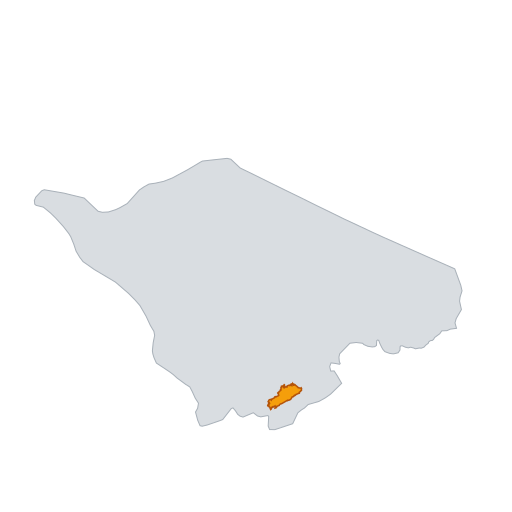 As-Suqaylabiyah, Hamah, Syria (highlighted), rotated 240°
{"feature_id": "27442178B45767266881892", "entity_name": "As-Suqaylabiyah", "entity_type": "district", "adm_level": 2, "iso_a3": "SYR", "parent_name": "Syria", "parent_adm1": "Hamah", "projection": "equal_earth", "projection_center": [36.361, 35.476], "detail": "fine", "context": "in_parent", "style": "filled", "palette": "amber", "viewbox_px": 512, "rotation_deg": 240, "n_neighbors": 0, "source": "geoboundaries", "source_scale": "gbopen_adm2", "svg_char_len": 6091}
<svg xmlns="http://www.w3.org/2000/svg" viewBox="0 0 512 512"><g transform="rotate(240 256 256)"><path d="M98.9,181.0L102.6,181.5L110.6,186.7L111.9,186.5L114.3,179.7L116.7,177.3L121.6,175.3L123.0,164.2L125.3,162.1L128.0,161.0L132.3,160.8L136.0,160.1L136.2,158.2L131.0,145.4L131.5,142.2L134.0,129.4L135.5,124.3L137.0,122.7L142.9,123.4L151.1,125.6L153.3,129.3L157.3,132.6L163.3,132.3L170.3,133.0L175.7,133.2L180.0,130.9L189.8,126.6L194.6,125.1L199.0,123.2L213.1,116.2L218.8,116.8L222.7,117.7L225.6,118.8L232.3,123.6L237.9,128.5L241.8,129.9L248.7,129.8L258.8,130.7L271.1,130.7L278.3,129.3L287.4,126.9L303.7,121.2L325.1,109.2L337.6,103.4L343.0,102.7L350.1,102.6L357.3,104.1L365.4,105.2L369.1,105.1L377.8,103.9L389.0,101.5L396.1,99.5L404.6,96.3L409.8,90.9L411.5,90.3L413.7,91.3L414.8,91.7L417.1,94.7L419.5,102.7L419.6,103.5L419.2,105.8L413.8,112.3L406.4,121.2L401.0,126.8L392.1,136.2L385.2,138.2L373.7,141.6L370.6,144.9L367.9,150.3L366.3,157.6L365.9,162.1L365.8,170.7L368.7,179.6L371.5,188.1L371.9,193.7L371.8,199.3L369.4,205.2L366.8,213.4L365.4,222.6L364.9,240.0L365.1,254.7L365.0,257.1L360.4,267.6L355.0,279.8L352.4,282.6L340.1,286.3L326.8,295.3L311.8,305.3L298.2,314.4L284.0,324.0L269.1,333.9L258.5,341.1L244.3,350.6L231.3,359.7L218.1,368.9L208.1,376.0L192.9,387.1L184.0,393.6L170.8,403.2L159.2,411.7L145.5,421.7L128.3,418.7L122.8,417.0L118.4,412.2L115.1,409.7L106.9,407.1L101.7,398.1L98.6,394.9L93.1,393.5L95.5,387.7L95.9,384.0L98.3,379.4L96.8,376.3L96.1,369.9L95.1,368.3L94.7,366.6L95.5,364.6L95.2,362.5L94.3,361.6L93.9,358.4L93.1,356.0L93.5,353.1L94.7,351.3L95.9,347.7L97.4,346.6L99.7,344.3L100.3,342.0L102.4,339.7L105.1,337.8L105.8,336.3L105.4,335.4L102.6,333.7L101.1,330.7L102.4,326.4L103.3,325.0L105.0,322.9L108.7,319.8L111.6,319.2L114.1,319.2L118.3,319.5L121.6,320.1L122.5,319.2L122.3,318.2L118.3,315.6L118.1,313.5L119.1,311.2L121.9,307.7L125.4,305.1L127.1,304.7L131.0,299.5L133.5,293.7L129.5,279.6L127.0,277.3L123.0,275.4L120.7,275.1L120.5,274.2L123.6,270.6L125.9,267.5L123.4,264.5L119.0,263.2L117.4,266.2L111.7,266.5L102.9,266.5L99.1,251.6L98.5,245.2L98.6,237.8L101.3,226.9L100.1,221.9L100.0,218.5L99.3,213.9L92.4,203.9L96.2,185.5L98.9,181.0Z" fill="#d9dde1" stroke="#a8b0b8" stroke-width="1"/><path d="M123.9,193.8L123.5,193.8L123.2,193.7L123.1,193.9L123.1,194.0L122.6,194.3L122.5,194.2L122.4,194.0L122.3,193.8L122.2,193.9L121.9,194.0L121.5,194.1L121.4,194.0L121.3,193.8L121.2,193.5L121.3,193.0L121.5,193.0L121.6,192.8L121.5,192.5L121.3,192.3L121.2,192.1L120.8,191.5L120.6,191.3L120.4,191.3L120.2,191.3L120.0,191.6L120.0,191.8L119.9,192.3L119.5,192.2L119.3,192.0L119.2,192.0L118.9,191.9L118.8,192.0L118.7,192.0L118.4,192.3L118.2,192.4L117.7,192.4L117.3,192.1L117.0,192.1L115.7,191.9L115.8,192.6L115.9,192.8L116.4,193.1L116.5,193.3L116.7,193.5L117.1,194.0L117.1,194.4L116.9,194.2L116.7,194.3L116.8,194.6L116.8,194.9L116.8,195.0L116.7,195.1L116.6,195.3L116.5,195.8L116.7,196.2L116.7,196.7L116.7,196.9L116.5,197.2L116.4,197.3L116.4,197.2L116.5,197.0L116.5,196.9L116.6,197.0L116.6,196.9L116.4,196.8L116.4,196.7L116.5,196.5L116.4,196.3L116.3,196.7L116.2,196.6L116.1,196.8L116.2,197.0L115.9,197.3L115.6,197.4L115.2,197.3L115.2,197.2L114.9,196.9L114.7,196.6L114.5,197.5L114.7,197.8L115.1,198.1L115.0,198.3L114.9,198.3L114.9,198.5L115.0,198.6L115.1,198.8L115.3,198.8L115.4,199.2L115.2,199.9L115.2,200.2L115.0,201.4L115.4,201.9L115.5,202.1L115.6,202.8L115.6,203.1L115.6,203.4L115.6,203.7L115.3,204.1L115.3,205.0L115.3,207.9L115.3,208.1L115.3,209.9L115.4,210.2L115.3,210.8L115.0,210.8L115.0,211.1L115.0,211.3L115.2,211.5L114.7,212.1L114.6,212.4L114.6,212.5L114.7,212.9L114.6,213.0L114.5,213.5L114.5,214.0L114.6,214.4L114.6,214.6L114.8,214.9L114.9,215.2L115.0,215.4L115.7,216.6L115.9,216.9L115.5,217.8L115.6,218.0L115.6,218.3L115.7,218.5L116.0,219.0L116.0,219.3L116.1,219.5L115.7,219.6L115.7,220.2L115.8,220.7L116.1,221.4L115.9,222.0L116.0,222.6L115.8,223.1L115.8,223.6L115.7,224.1L115.5,224.9L116.0,225.1L116.3,225.3L116.4,225.6L116.4,225.9L116.4,226.5L116.5,226.8L116.6,227.2L116.7,227.3L116.9,227.5L116.9,227.9L116.9,228.2L117.7,228.6L118.4,229.2L119.2,229.2L119.1,228.9L119.4,228.4L120.2,227.4L120.6,227.2L120.7,226.9L120.8,226.7L121.6,226.6L121.9,226.4L122.3,226.4L124.0,225.7L124.3,225.6L124.5,225.6L125.1,225.4L125.1,224.4L125.1,224.2L125.3,223.9L125.4,224.1L125.5,223.9L125.5,224.0L125.8,224.0L126.0,224.0L126.1,223.9L126.1,224.1L126.1,224.3L126.3,224.2L126.2,224.1L126.4,224.0L126.5,224.2L126.7,223.8L126.7,224.0L126.9,224.0L126.8,223.9L126.9,224.0L127.2,224.0L127.1,223.9L127.0,223.7L127.1,223.8L127.3,223.9L127.2,223.8L127.3,223.5L127.4,223.3L127.4,223.1L127.5,222.2L126.9,222.1L126.5,222.1L126.2,222.0L126.4,221.9L126.5,221.8L126.6,221.7L126.7,221.4L126.8,220.9L126.8,220.7L127.3,220.8L127.7,219.6L127.8,218.7L127.8,218.1L127.8,217.7L127.7,217.6L127.2,217.6L127.0,217.4L127.1,217.1L127.3,217.0L127.5,216.9L127.5,216.7L127.7,216.4L127.8,216.2L127.8,215.8L127.7,214.4L128.1,214.4L129.1,214.1L129.3,214.2L129.3,214.4L129.3,214.6L129.4,214.9L129.3,215.0L129.2,215.1L129.3,215.2L129.2,215.5L129.5,215.4L129.6,215.7L129.6,215.9L129.7,216.0L129.8,216.1L130.2,216.1L130.3,216.2L130.5,216.1L130.3,215.7L130.2,215.5L130.0,215.2L129.9,215.0L129.9,214.9L129.8,214.7L130.0,214.5L130.0,214.3L130.1,214.2L130.4,213.4L130.5,213.1L130.5,212.9L130.4,212.9L130.2,212.8L129.8,212.5L129.6,212.4L129.6,212.0L129.5,211.7L129.3,211.6L129.2,211.6L128.9,211.5L128.7,211.4L128.4,211.2L128.2,211.2L128.0,210.9L128.1,210.7L127.9,210.2L127.7,210.2L127.2,210.2L127.2,209.4L127.1,209.1L127.1,208.2L126.8,208.0L126.5,207.5L126.5,207.3L126.7,206.9L126.6,206.6L126.5,206.3L126.3,206.3L126.0,206.6L125.7,206.6L125.6,206.3L124.6,206.2L124.4,206.2L124.0,206.1L123.9,206.0L123.9,205.7L123.8,205.3L123.8,204.7L124.0,204.3L124.0,204.0L123.9,203.6L123.9,203.3L124.0,203.1L124.2,202.9L124.2,202.5L124.3,202.2L124.6,202.2L124.6,201.9L124.5,201.6L124.2,201.6L124.0,201.2L124.0,200.2L124.1,199.5L124.0,199.2L124.0,198.8L124.0,198.5L124.2,198.3L124.3,197.9L124.3,197.7L124.2,197.4L123.7,197.4L123.5,197.1L124.5,196.9L124.8,195.9L124.7,195.0L123.9,194.0L123.9,193.8Z" fill="#f59e0b" stroke="#b45309" stroke-width="1.5"/></g></svg>